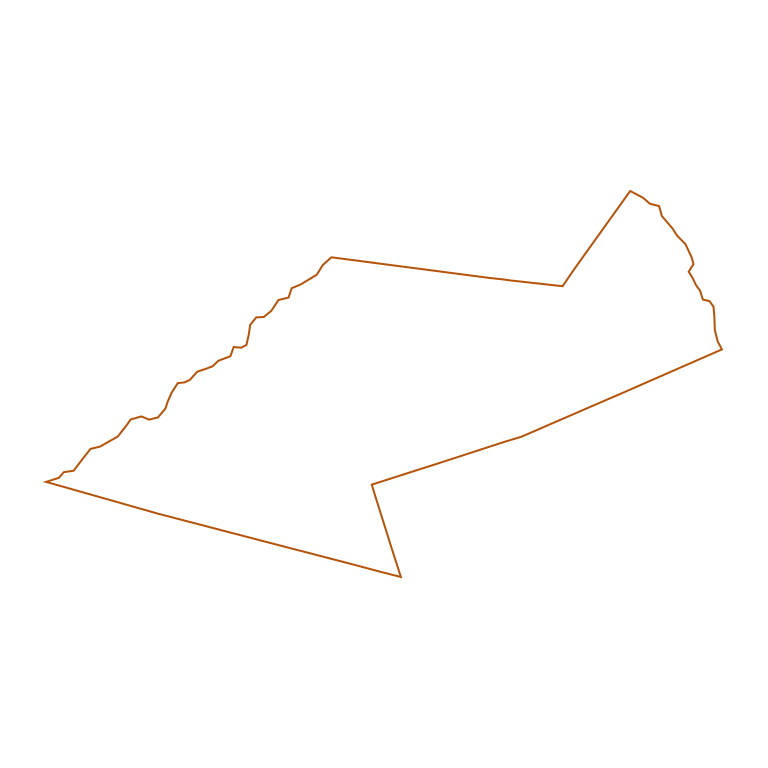 outline of Maravilha, Alagoas, Brazil
{"feature_id": "56859067B39039377802741", "entity_name": "Maravilha", "entity_type": "district", "adm_level": 2, "iso_a3": "BRA", "parent_name": "Brazil", "parent_adm1": "Alagoas", "projection": "robinson", "projection_center": [-37.404, -9.243], "detail": "fine", "context": "isolated", "style": "outline", "palette": "amber", "viewbox_px": 768, "rotation_deg": 0, "n_neighbors": 0, "source": "geoboundaries", "source_scale": "gbopen_adm2", "svg_char_len": 1093}
<svg xmlns="http://www.w3.org/2000/svg" viewBox="0 0 768 768"><path d="M630.2,191.0L578.4,263.3L572.2,272.1L562.6,286.2L510.9,280.5L502.9,279.4L489.1,277.9L331.4,257.3L322.8,265.0L316.8,274.7L300.6,284.5L291.7,288.2L288.5,297.6L278.5,300.0L271.3,310.8L263.8,317.0L256.2,317.4L250.2,324.9L248.7,335.0L246.4,345.0L241.1,347.7L233.7,347.0L230.4,356.2L218.3,360.8L212.6,366.3L205.6,368.9L197.3,371.7L189.6,380.1L184.3,382.4L177.8,383.1L171.8,392.4L167.7,401.6L165.4,408.6L158.0,417.4L149.1,419.6L141.4,416.4L130.5,419.6L127.2,424.5L117.8,436.5L100.0,446.6L90.5,448.9L82.3,459.3L73.7,470.7L63.8,472.2L58.9,477.8L46.1,481.9L157.7,513.6L264.2,541.4L348.5,563.3L382.4,572.3L400.9,577.0L395.2,559.3L391.3,547.1L374.8,494.6L371.8,484.6L438.1,463.4L505.5,441.5L521.2,436.8L596.4,404.2L619.6,394.2L721.9,349.4L717.8,341.7L714.8,330.1L714.4,317.0L713.5,306.7L709.5,301.1L702.9,299.6L700.0,290.6L695.8,284.8L692.6,277.9L688.7,271.7L693.5,264.0L691.6,257.3L685.5,244.2L676.9,235.4L672.7,228.7L661.9,216.1L659.1,206.1L650.0,203.8L642.9,197.7L630.2,191.0Z" fill="none" stroke="#b45309" stroke-width="2"/></svg>